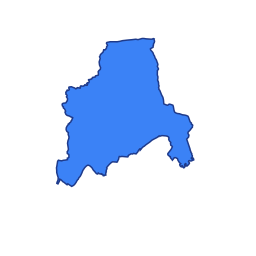 the district of Bungo, Jambi, Indonesia, rotated 127°
{"feature_id": "22746128B28569646979400", "entity_name": "Bungo", "entity_type": "district", "adm_level": 2, "iso_a3": "IDN", "parent_name": "Indonesia", "parent_adm1": "Jambi", "projection": "robinson", "projection_center": [101.875, -1.516], "detail": "fine", "context": "isolated", "style": "filled", "palette": "blue", "viewbox_px": 256, "rotation_deg": 127, "n_neighbors": 0, "source": "geoboundaries", "source_scale": "gbopen_adm2", "svg_char_len": 5833}
<svg xmlns="http://www.w3.org/2000/svg" viewBox="0 0 256 256"><g transform="rotate(127 128 128)"><path d="M213.7,152.1L215.0,151.6L215.0,151.0L214.8,150.3L211.0,150.9L210.0,151.7L209.7,150.8L209.7,150.1L209.9,148.7L210.1,147.7L209.9,146.7L210.0,142.5L208.8,142.5L208.5,137.8L208.0,137.6L206.7,137.0L205.3,136.7L204.0,136.7L202.3,136.8L201.3,137.0L199.7,137.1L198.8,136.9L197.1,137.3L195.8,137.1L194.5,137.2L192.0,137.7L189.2,138.5L185.7,138.7L183.5,138.4L182.8,138.2L181.8,137.6L181.4,136.8L181.2,135.9L181.3,134.2L181.5,132.7L182.4,130.6L182.6,129.8L182.8,128.5L183.4,126.1L183.4,125.6L183.2,124.8L182.6,124.7L182.3,124.8L182.1,124.4L181.8,124.4L182.0,123.6L180.9,122.0L181.1,121.8L181.1,121.5L180.5,121.4L180.6,121.1L180.3,120.3L180.5,119.9L180.6,119.5L181.0,119.3L180.9,119.0L180.4,118.8L180.5,118.4L180.0,118.2L179.7,118.3L179.0,117.4L177.7,118.4L176.8,118.9L176.1,118.9L175.9,119.4L174.8,119.9L173.0,120.4L172.5,121.2L170.5,121.2L168.1,121.0L165.5,120.5L164.2,119.9L162.9,117.8L162.6,117.4L162.1,116.5L161.5,116.1L161.2,116.3L160.6,116.3L160.1,116.5L158.6,116.7L157.1,117.5L156.0,117.8L155.5,116.8L154.4,115.8L151.4,111.0L150.9,110.7L149.9,111.2L149.6,111.0L149.0,111.0L147.9,110.4L147.2,110.3L146.7,109.9L146.2,108.9L144.8,108.1L144.8,107.8L144.0,106.5L143.9,106.0L141.2,105.8L139.8,106.1L137.7,106.1L137.1,105.5L138.0,104.9L136.8,104.8L136.1,104.9L133.6,104.5L132.9,104.1L130.6,103.6L126.3,102.2L123.2,101.5L121.4,100.7L118.1,99.1L117.1,98.9L116.3,98.2L115.7,98.5L115.5,98.4L115.0,97.3L113.6,96.3L113.3,95.8L111.4,92.8L110.9,91.6L110.8,90.2L111.0,89.8L111.3,89.3L112.2,88.8L112.1,88.7L112.3,88.8L113.2,87.7L113.6,86.4L113.7,85.4L114.0,85.0L114.7,84.8L116.0,83.5L116.0,81.9L116.3,81.3L117.5,81.0L119.0,80.7L124.3,80.8L124.8,80.6L125.4,80.0L125.5,79.7L125.5,79.0L125.6,78.3L125.6,77.5L125.4,77.0L126.1,76.4L126.5,75.1L126.6,74.1L127.0,73.2L125.5,73.1L123.9,73.2L123.7,72.9L123.0,72.1L122.7,70.0L123.7,68.7L124.7,66.1L124.8,64.4L126.0,64.7L126.7,63.9L126.9,63.4L127.0,62.3L126.6,61.5L126.3,61.6L125.8,62.2L125.5,62.0L125.5,61.8L126.3,59.8L126.2,59.4L124.9,59.2L124.5,59.3L123.4,60.5L122.9,60.8L121.9,60.7L121.7,60.6L121.7,60.2L122.1,59.8L123.0,59.3L123.3,59.0L123.3,58.6L123.0,58.2L122.7,57.9L121.3,57.8L121.0,57.6L119.2,57.7L118.9,58.0L118.4,59.5L117.8,59.7L117.2,59.5L116.6,58.1L116.2,57.6L113.9,56.3L113.6,56.6L113.4,57.1L113.6,57.6L114.3,58.3L114.1,59.2L113.7,59.4L113.3,59.2L112.9,58.7L112.9,58.9L112.6,59.3L111.6,59.7L111.3,60.1L110.8,61.2L110.0,61.7L109.6,63.1L109.3,63.3L108.8,64.0L108.4,64.8L107.2,66.2L101.6,74.4L98.5,74.2L98.0,74.7L97.0,75.0L96.3,76.8L95.8,77.2L95.3,77.4L94.8,77.5L92.0,77.1L89.9,77.2L88.7,77.0L88.3,77.2L87.5,77.9L86.8,78.0L86.6,78.9L86.8,79.7L85.9,80.4L85.7,82.1L82.9,86.3L82.5,87.2L82.8,88.7L83.5,90.4L84.7,92.5L85.6,95.4L86.8,97.5L87.1,98.6L87.3,100.0L86.9,100.9L86.0,102.1L83.4,104.9L82.8,105.9L83.5,108.2L84.1,109.4L84.4,109.6L85.3,109.8L85.9,110.1L86.2,110.3L87.1,113.4L87.1,114.0L84.2,116.6L82.5,118.6L81.4,121.0L78.8,125.3L78.6,126.6L77.6,127.3L77.2,128.0L75.7,128.5L75.3,129.3L73.1,131.2L72.9,131.8L72.5,132.0L72.2,132.9L71.7,133.4L70.9,133.7L69.9,134.4L69.2,134.8L68.0,136.5L64.3,139.2L63.4,139.0L62.5,139.2L61.1,141.7L59.5,142.2L59.1,142.6L58.4,143.5L58.0,144.3L57.3,145.2L56.4,146.7L56.0,148.0L55.6,148.8L54.6,150.1L54.2,151.3L52.8,153.5L52.4,155.1L52.2,156.6L51.4,157.7L51.1,157.8L50.7,157.6L48.6,156.6L48.1,156.7L47.3,157.4L46.6,157.5L45.4,158.3L44.5,158.4L44.0,158.4L43.4,158.7L42.7,159.0L41.5,160.6L41.1,160.7L41.4,161.7L42.3,162.0L43.3,163.2L45.9,167.2L47.0,169.3L48.0,170.6L51.2,173.0L51.6,173.5L52.1,174.6L52.5,175.3L55.1,178.0L58.0,181.2L61.6,185.0L63.6,186.6L65.6,188.5L69.8,194.1L72.3,196.3L72.8,196.4L73.4,196.1L73.9,194.9L73.9,194.6L74.3,194.2L74.5,194.0L75.4,194.0L75.7,194.1L77.0,193.3L78.0,193.3L78.6,193.2L79.6,193.5L79.9,194.3L80.2,194.5L81.0,194.1L82.4,193.6L85.9,194.2L87.2,193.7L88.3,193.6L89.1,192.1L92.6,190.8L94.9,188.6L96.3,186.2L97.8,185.4L99.7,185.8L101.0,185.7L102.8,184.0L103.7,183.6L105.1,184.6L105.6,185.1L106.1,185.3L106.8,185.0L107.3,185.0L107.8,185.8L108.3,186.0L109.0,186.8L109.3,186.7L109.5,186.5L110.0,186.6L110.5,186.5L111.0,187.0L111.5,186.9L113.0,188.5L113.4,188.5L113.8,187.4L114.0,187.2L114.4,186.9L115.5,186.6L116.0,187.0L116.2,187.6L116.6,187.7L117.0,187.5L117.3,187.7L117.6,187.0L117.7,186.4L118.5,186.3L118.9,186.8L119.1,187.9L119.4,188.4L119.8,188.1L120.1,188.1L120.5,188.6L121.2,188.7L121.8,189.3L122.6,190.8L123.0,191.1L123.5,190.8L123.8,191.0L124.1,190.9L124.5,190.3L124.9,190.2L125.4,190.9L125.8,192.0L126.2,192.7L126.6,192.9L127.1,192.7L127.6,192.9L128.0,193.3L128.3,193.7L128.1,194.6L128.5,195.7L129.1,198.0L130.7,199.7L131.3,199.6L131.8,199.3L132.0,198.7L132.6,198.0L133.1,198.0L133.7,198.3L134.2,199.2L134.6,198.8L135.2,199.3L137.0,199.1L137.7,198.3L138.3,198.1L138.4,196.9L138.5,196.5L138.9,196.0L139.5,195.9L139.9,196.0L140.2,195.9L140.8,194.1L141.4,193.6L142.9,192.8L143.2,193.0L143.9,193.0L144.7,192.7L145.4,192.8L147.2,194.6L147.8,194.9L148.2,195.0L148.7,194.9L149.0,194.5L149.8,193.8L150.0,192.3L150.8,191.9L151.0,190.0L152.1,187.9L153.2,187.9L154.4,186.0L154.6,184.3L154.4,183.6L154.0,182.9L154.0,182.5L153.7,182.0L153.6,181.1L153.7,180.8L153.5,180.4L153.0,178.4L153.2,178.2L154.7,178.0L155.2,177.6L156.0,177.7L156.6,177.7L157.0,177.4L158.1,177.4L159.2,177.8L160.0,177.4L160.6,178.1L161.3,177.8L163.0,177.8L164.8,177.5L166.2,176.7L166.8,176.1L167.5,174.8L167.6,172.8L168.8,172.2L169.3,171.7L170.5,169.9L171.3,169.3L172.7,168.7L174.0,168.4L176.6,167.1L180.3,163.3L181.0,162.7L182.5,162.3L183.6,162.3L184.9,161.1L184.8,159.4L185.1,159.0L186.9,157.6L187.9,157.8L188.6,158.3L189.7,157.3L191.2,158.6L192.7,160.2L194.2,161.3L194.9,162.6L195.6,164.2L196.9,164.2L201.8,161.6L202.8,161.2L204.7,159.5L206.5,158.1L208.2,155.9L209.7,153.8L211.2,152.9L211.4,152.6L213.7,152.1Z" fill="#3b82f6" stroke="#1e3a8a" stroke-width="1.5"/></g></svg>